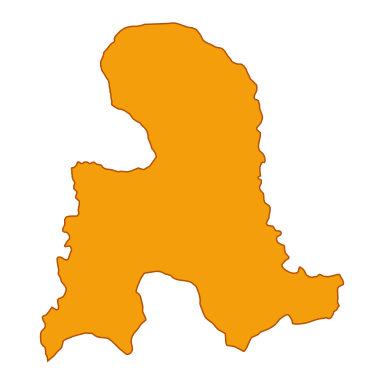 the district of Dorona, Daga, Bhutan
{"feature_id": "84629894B2198234836682", "entity_name": "Dorona", "entity_type": "district", "adm_level": 2, "iso_a3": "BTN", "parent_name": "Bhutan", "parent_adm1": "Daga", "projection": "robinson", "projection_center": [89.836, 26.874], "detail": "fine", "context": "isolated", "style": "filled", "palette": "amber", "viewbox_px": 384, "rotation_deg": 0, "n_neighbors": 0, "source": "geoboundaries", "source_scale": "gbopen_adm2", "svg_char_len": 5917}
<svg xmlns="http://www.w3.org/2000/svg" viewBox="0 0 384 384"><path d="M339.1,306.0L337.4,301.8L337.9,298.1L337.5,290.7L337.6,288.8L337.9,287.9L339.1,286.5L343.2,284.5L343.5,282.7L342.5,279.7L340.9,277.4L340.0,275.3L339.2,274.5L337.6,274.5L329.9,276.5L327.8,276.7L323.8,276.4L320.8,274.8L319.6,274.5L318.7,274.8L317.9,275.9L316.7,276.6L314.5,276.7L311.8,277.5L309.1,276.6L307.4,275.7L306.1,274.6L304.6,271.3L303.5,269.7L302.0,268.4L300.1,267.1L299.3,267.3L298.4,271.2L297.6,272.4L296.4,273.0L295.1,273.2L292.5,273.2L290.2,272.5L287.5,271.3L284.9,269.6L283.4,268.3L282.4,266.9L282.0,265.6L281.9,264.7L283.3,262.8L286.0,260.0L288.7,258.4L288.8,257.1L288.5,256.4L287.8,255.9L285.8,253.5L285.1,251.9L284.7,250.3L284.4,246.1L283.7,245.3L281.0,244.5L279.2,243.3L277.5,242.1L276.7,240.5L276.6,238.4L276.9,237.2L277.6,236.3L279.9,235.3L280.8,234.4L281.1,233.5L281.0,232.4L280.6,231.6L279.6,231.0L276.7,230.8L275.9,230.5L274.8,229.5L273.4,226.6L272.0,226.0L269.6,225.8L267.7,225.3L266.7,224.4L266.4,223.4L267.0,221.6L269.0,217.7L269.0,215.7L270.0,211.0L270.1,208.1L269.9,207.2L269.3,205.9L265.2,203.0L264.7,202.4L263.9,199.9L263.6,194.7L263.2,193.3L260.7,190.7L259.8,189.2L259.4,187.0L261.2,183.1L261.3,182.1L261.3,180.8L261.0,179.9L258.6,178.8L258.1,177.5L258.6,176.8L260.5,175.9L259.9,171.0L259.9,167.2L260.7,164.8L261.8,162.8L262.9,162.1L264.4,162.5L265.0,161.0L264.8,158.2L264.3,156.3L263.3,154.4L261.7,152.7L259.9,151.1L258.8,149.0L258.4,147.4L258.4,146.4L258.8,142.9L260.3,136.2L260.2,132.6L257.2,130.0L256.7,128.9L256.7,128.1L257.6,126.7L259.6,124.6L261.0,122.6L262.4,118.6L262.4,117.3L262.3,115.9L259.7,108.8L259.5,104.8L258.3,100.6L256.6,99.7L255.1,99.5L254.3,98.5L254.2,96.0L256.7,90.5L256.8,88.4L256.7,85.5L255.8,84.2L254.7,83.2L253.9,82.2L250.2,78.8L249.1,75.9L247.5,72.9L245.9,68.9L244.0,66.2L241.4,64.2L237.3,64.0L234.1,62.9L232.0,61.6L230.3,58.9L227.9,56.2L224.7,51.1L222.3,48.8L220.3,48.0L216.5,47.4L214.5,46.6L211.9,45.0L207.8,43.3L204.8,41.6L203.0,40.1L200.5,35.0L196.2,29.4L192.0,27.8L187.7,27.2L176.6,23.4L173.6,23.0L166.2,23.6L144.4,24.4L141.9,25.3L138.2,26.1L136.7,26.3L131.7,26.4L127.6,27.2L124.5,28.3L121.2,30.4L119.9,31.5L115.4,36.2L114.4,38.5L114.6,41.0L113.8,42.1L110.7,44.3L106.9,49.1L104.0,52.2L103.3,55.8L100.6,62.0L100.9,66.4L102.0,70.6L104.5,74.3L106.4,77.7L108.1,79.9L108.7,81.6L109.3,84.4L109.3,86.3L109.9,88.5L110.2,92.0L110.8,94.0L111.1,98.4L111.8,100.9L111.7,102.6L111.8,104.6L114.1,106.5L116.7,108.0L118.8,109.0L120.4,109.0L124.3,110.4L128.6,113.3L130.1,114.4L130.7,115.6L133.2,118.9L136.6,121.2L140.5,123.2L141.4,124.8L144.9,128.2L146.1,129.6L147.0,131.3L148.1,135.4L148.2,138.2L150.3,143.3L152.1,148.9L153.4,150.1L154.7,152.1L155.9,154.8L156.4,156.8L149.9,166.1L143.8,169.6L141.1,169.0L138.5,168.0L130.3,171.3L127.0,171.9L121.0,171.3L118.0,171.8L111.8,169.8L105.8,169.0L103.3,167.8L100.8,165.0L96.5,164.2L94.0,162.2L92.5,162.3L91.1,163.1L89.7,163.6L86.7,162.0L84.5,162.0L82.8,163.3L80.6,163.5L79.7,162.4L78.4,161.9L77.6,162.2L76.5,165.0L75.4,166.4L74.1,167.5L71.6,168.0L71.5,169.4L71.9,170.4L71.9,173.2L72.4,177.5L72.7,178.9L74.6,182.2L74.8,183.0L74.7,183.8L73.9,185.6L73.8,186.8L73.9,188.2L74.4,189.2L76.3,190.8L76.7,191.5L76.9,192.3L76.8,193.2L75.7,196.6L75.7,197.6L77.9,200.0L78.9,200.7L79.3,201.6L79.3,204.6L78.6,207.5L78.3,210.6L78.7,212.3L78.8,213.5L77.8,215.4L76.8,216.1L71.3,216.1L68.4,216.4L66.9,216.8L65.8,217.6L64.7,219.7L64.8,223.1L64.6,225.2L63.1,228.0L62.8,229.6L62.8,230.6L63.1,231.4L64.3,232.0L66.6,232.3L68.1,233.5L69.2,235.4L69.6,237.1L69.6,238.2L69.3,239.0L67.1,241.5L64.9,245.1L64.6,246.2L65.6,246.7L69.1,245.9L69.9,246.2L70.5,246.8L71.5,249.2L71.1,251.2L69.6,254.9L68.8,257.8L68.0,259.2L66.7,260.0L65.5,259.9L61.8,257.7L60.3,257.1L58.9,257.1L57.7,257.4L57.1,258.9L57.4,262.6L58.8,270.5L58.2,273.2L58.3,274.0L60.5,278.1L61.4,281.5L64.8,285.7L65.9,287.5L66.2,290.2L65.1,293.4L63.9,295.7L62.5,297.0L60.8,298.1L59.0,298.6L58.3,299.1L57.9,299.7L57.6,300.8L57.8,302.6L58.4,305.4L58.5,307.7L58.5,308.6L58.0,309.3L56.4,309.8L55.3,309.3L52.7,307.5L51.9,307.3L49.2,311.2L46.9,314.1L45.9,315.0L43.3,316.1L42.6,316.8L42.4,317.6L42.9,319.4L43.4,320.8L45.1,323.6L45.3,325.9L45.1,327.0L44.5,328.2L41.6,331.2L41.0,332.5L40.7,333.6L40.5,336.8L40.8,341.5L41.4,343.6L43.4,346.2L44.4,346.6L45.0,347.3L45.5,349.3L45.7,353.8L47.3,357.1L47.8,361.0L53.9,355.8L57.8,351.2L60.8,348.6L61.8,346.8L63.0,341.8L63.5,340.9L64.2,340.2L67.7,338.5L73.2,336.3L77.9,334.9L85.5,333.0L89.4,333.3L91.4,333.2L92.3,333.5L95.5,335.9L97.2,336.7L100.1,337.4L106.0,337.9L107.8,338.4L110.3,340.0L112.7,341.9L119.8,348.9L126.0,354.0L126.9,354.4L128.8,354.1L130.7,352.8L131.8,351.2L132.5,349.2L132.3,347.4L131.2,342.5L131.1,341.2L131.4,339.1L131.8,337.1L133.8,333.6L138.4,328.2L140.5,324.8L141.9,323.3L145.1,320.7L145.7,320.0L145.9,319.1L142.6,311.5L142.8,306.4L140.4,296.4L139.9,295.5L138.7,293.9L137.9,293.2L136.6,292.6L136.1,291.9L136.4,289.9L137.3,286.9L140.4,279.3L143.0,275.0L144.2,273.4L145.1,273.0L155.8,271.4L157.7,271.3L160.6,271.7L161.6,272.0L163.3,273.0L165.1,273.8L170.8,275.4L172.8,277.6L173.7,278.2L176.4,279.3L179.3,280.0L186.1,280.9L189.9,281.8L191.6,282.7L194.8,285.2L196.2,286.6L197.5,289.4L199.4,295.2L200.0,298.2L200.2,300.3L200.0,303.4L200.4,305.3L203.3,313.0L204.6,315.8L205.6,317.5L207.8,319.6L212.6,323.1L217.2,328.5L218.6,329.8L223.9,332.7L225.4,333.9L225.8,341.3L226.1,343.4L226.7,345.1L227.6,345.5L231.9,346.0L234.8,346.7L243.6,351.3L244.4,351.1L246.6,347.9L249.9,340.4L251.4,337.8L252.2,337.2L257.6,334.8L260.5,332.1L268.8,328.8L272.2,326.8L275.4,324.4L279.9,319.0L283.1,316.6L284.8,315.6L286.6,314.8L287.6,314.7L288.5,315.1L289.3,315.8L290.4,317.4L291.9,320.1L292.2,321.1L292.3,322.8L292.7,323.6L294.4,323.9L297.3,324.1L304.3,323.4L308.1,322.4L315.6,319.8L319.4,318.8L324.4,318.2L326.0,317.7L328.4,318.5L329.8,318.5L331.5,317.2L332.2,315.5L333.0,314.5L333.5,313.0L333.6,311.9L336.2,310.1L337.1,309.1L338.2,306.7L339.1,306.0Z" fill="#f59e0b" stroke="#b45309" stroke-width="1.5"/></svg>